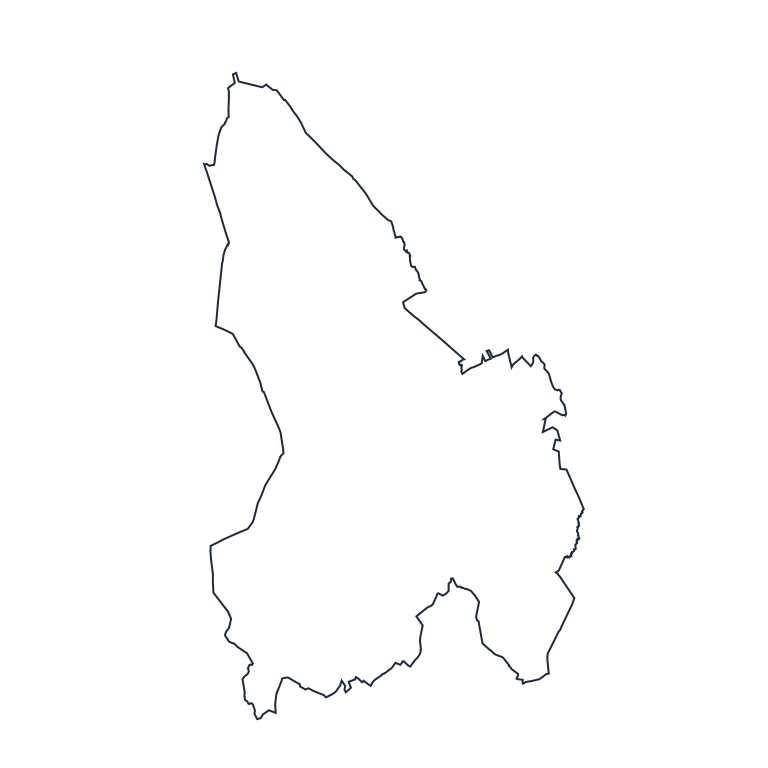 Izvaltas pag., Kraslavas, Latvia, rotated 265°
{"feature_id": "27541924B67653564082262", "entity_name": "Izvaltas pag.", "entity_type": "district", "adm_level": 2, "iso_a3": "LVA", "parent_name": "Latvia", "parent_adm1": "Kraslavas", "projection": "natural_earth1", "projection_center": [27.011, 55.966], "detail": "fine", "context": "isolated", "style": "outline", "palette": "slate", "viewbox_px": 768, "rotation_deg": 265, "n_neighbors": 0, "source": "geoboundaries", "source_scale": "gbopen_adm2", "svg_char_len": 6090}
<svg xmlns="http://www.w3.org/2000/svg" viewBox="0 0 768 768"><g transform="rotate(265 384 384)"><path d="M618.8,223.9L609.3,226.3L585.7,231.7L576.1,233.5L569.1,235.6L564.2,236.3L547.6,239.7L538.3,242.0L536.7,241.1L537.1,241.0L535.7,240.0L535.8,239.9L531.6,237.4L526.7,235.4L519.9,233.9L518.6,233.3L480.3,225.8L462.4,222.7L456.3,221.3L452.5,228.8L447.0,237.8L433.9,243.5L432.7,245.0L428.7,247.5L428.2,247.3L415.1,254.9L410.7,256.7L396.8,260.7L387.1,262.3L386.4,263.7L366.3,269.4L349.4,275.4L344.8,276.7L327.1,277.9L323.6,277.7L320.8,274.5L316.5,272.5L308.8,268.3L293.5,256.9L283.9,252.3L276.2,247.9L260.4,242.4L257.5,240.9L251.5,235.6L248.8,226.8L243.2,210.5L240.4,204.0L237.9,197.3L232.7,196.5L224.9,196.4L209.5,197.0L202.0,196.3L191.0,195.9L170.9,208.7L163.4,211.2L154.7,208.4L151.0,205.2L147.6,203.6L140.8,207.2L139.2,210.0L138.8,211.7L134.2,215.9L127.7,224.1L116.9,229.0L115.7,228.1L115.6,227.6L116.2,226.4L115.8,225.4L112.6,223.7L109.8,224.3L108.6,223.9L106.8,222.6L104.5,219.2L102.1,217.3L90.0,218.3L87.2,218.1L85.2,217.7L84.7,218.1L82.8,217.8L81.5,218.0L79.7,220.2L77.3,221.1L76.9,221.8L77.7,223.5L76.9,225.0L76.1,225.4L69.9,227.0L66.7,226.2L61.2,228.5L61.9,232.1L65.4,234.5L69.0,241.0L65.8,247.4L74.5,247.7L84.6,249.8L97.2,256.1L99.5,256.8L100.0,260.4L100.0,262.8L92.9,272.8L92.7,273.6L90.8,274.2L90.3,274.0L89.9,274.1L86.5,279.2L87.5,282.2L84.4,286.9L79.3,296.9L76.9,298.8L79.1,304.6L81.4,308.8L87.3,314.0L92.2,316.0L86.6,319.0L82.9,318.0L80.2,319.1L84.3,324.6L90.4,322.8L92.3,329.6L94.4,330.3L93.5,332.1L88.8,336.1L90.2,338.0L88.7,339.2L84.4,344.4L88.1,346.8L90.0,349.0L93.9,355.9L94.9,356.7L95.7,359.3L95.9,359.3L96.5,360.7L100.5,367.1L105.2,371.0L102.9,375.7L105.4,378.2L106.0,378.2L106.1,379.5L101.4,383.6L100.2,385.5L105.7,390.3L108.9,393.9L112.2,396.5L116.7,397.6L125.3,397.5L129.1,398.2L140.1,401.5L149.7,396.0L157.6,407.8L158.4,410.0L158.6,411.0L160.1,413.3L166.9,417.2L171.3,419.4L171.1,419.4L168.0,424.2L169.4,426.7L169.7,427.6L172.2,430.3L179.5,431.0L181.4,433.6L184.3,433.9L184.4,434.6L184.2,435.8L179.3,437.5L175.8,439.2L175.4,440.5L175.6,442.2L174.4,443.2L174.5,443.8L174.1,444.2L174.1,444.9L173.5,445.7L172.5,447.8L172.5,448.8L170.3,452.6L164.9,456.4L158.6,459.7L143.9,455.4L140.3,456.2L139.4,457.5L117.3,459.5L116.5,459.9L109.3,466.8L109.1,467.1L109.2,467.3L106.2,469.7L104.4,472.1L102.0,477.2L101.1,478.7L93.0,484.1L92.5,483.7L90.7,485.2L88.8,486.3L83.5,492.3L81.2,491.8L79.8,490.7L78.7,490.5L78.2,492.0L77.2,496.4L74.1,496.0L73.3,496.4L74.8,499.4L75.2,505.1L76.3,512.6L78.0,515.9L80.7,520.1L81.0,521.0L81.1,522.9L95.2,522.7L100.8,523.4L122.4,536.6L123.7,538.1L127.8,540.2L147.5,551.9L154.1,555.0L176.9,542.4L178.4,541.1L179.6,540.7L181.4,538.8L182.7,541.7L195.9,549.2L195.8,549.7L196.1,550.2L195.5,551.0L196.2,551.4L195.7,551.7L196.1,552.0L195.3,553.0L195.7,553.5L195.3,553.6L195.6,553.9L195.7,554.3L196.4,554.6L196.2,555.6L198.4,555.4L198.7,555.6L198.5,556.4L198.6,556.6L199.4,556.2L200.1,556.5L200.7,558.5L201.4,558.9L202.2,558.7L202.6,558.8L202.3,559.4L202.6,559.7L203.0,560.6L203.8,560.4L204.4,560.7L207.1,560.5L208.9,562.7L209.5,562.7L210.0,562.1L210.7,562.4L211.5,562.3L211.8,563.4L212.7,563.3L212.3,564.3L213.0,565.1L214.9,564.3L216.2,564.5L216.5,564.1L217.4,564.4L218.5,564.3L220.7,563.3L222.6,564.3L224.6,564.1L224.9,564.5L224.8,565.1L226.0,565.5L226.0,566.0L227.5,565.9L228.4,566.2L229.0,565.6L231.3,565.6L232.6,565.0L233.6,566.1L234.4,566.3L234.3,566.8L234.8,567.1L235.3,567.0L235.1,567.4L235.3,567.9L235.1,568.2L237.8,569.2L237.9,569.8L238.6,570.4L238.9,570.0L239.6,570.0L240.7,571.2L241.8,571.6L242.0,572.1L256.1,567.6L262.4,565.2L282.9,558.3L284.0,552.3L288.3,552.0L301.4,552.2L304.2,546.9L313.6,550.1L312.3,554.6L322.7,552.6L326.2,548.1L322.3,538.1L335.1,542.0L335.1,540.5L341.8,551.2L341.5,552.5L338.0,557.8L337.4,559.3L337.6,560.6L336.6,561.8L338.4,562.9L346.5,562.0L346.4,561.9L349.5,560.6L352.3,558.9L353.7,558.6L356.2,559.0L359.3,560.3L361.3,559.1L362.9,558.5L362.9,557.8L363.0,557.4L362.5,556.4L363.5,554.2L364.2,553.5L366.7,552.1L372.1,550.6L379.6,549.2L381.1,548.4L385.4,545.1L386.6,545.1L388.4,545.7L389.5,545.6L391.5,544.3L393.0,542.6L397.7,540.6L398.2,540.1L398.7,538.9L399.8,538.4L400.0,537.7L399.3,536.6L397.6,535.0L396.6,534.7L395.2,534.9L392.6,534.5L391.0,533.6L389.0,531.8L398.4,524.2L399.4,523.9L396.8,520.9L392.3,514.5L389.5,512.6L404.3,510.4L407.4,510.4L404.1,504.7L402.6,500.8L402.3,498.4L401.0,494.7L408.5,491.6L408.0,489.2L399.9,492.6L399.2,490.0L398.0,486.9L403.4,484.8L396.0,483.1L393.5,476.5L392.1,471.2L387.2,462.9L387.4,462.7L388.2,462.8L388.9,462.3L389.6,462.1L391.2,462.7L392.1,462.4L392.9,462.8L394.9,462.6L395.1,463.1L396.3,463.2L396.5,462.7L396.3,461.5L396.5,460.9L399.3,460.3L399.6,460.7L399.6,461.7L400.1,462.2L400.2,462.9L401.4,464.5L401.6,465.9L424.3,444.2L440.5,428.2L443.3,425.9L449.0,419.7L454.5,414.3L458.1,411.1L463.8,410.1L471.2,423.9L471.9,432.8L473.4,434.3L474.8,433.8L474.8,433.2L475.9,432.6L476.5,432.6L480.6,430.9L483.5,430.0L484.3,428.5L485.2,428.9L487.8,428.1L489.3,428.2L490.6,428.0L493.5,427.0L494.5,426.0L498.1,424.9L498.1,422.8L498.8,421.5L504.2,420.7L510.1,420.9L509.9,421.2L510.2,421.2L512.6,420.1L512.8,418.8L513.0,418.5L514.6,418.4L514.1,417.9L513.9,417.6L514.0,417.3L515.1,416.9L516.1,415.7L519.2,416.1L520.0,416.6L523.1,416.5L523.6,416.4L523.8,415.8L524.2,415.6L526.9,415.0L527.5,414.5L528.3,414.4L528.8,414.0L529.0,413.3L529.5,413.0L529.2,411.2L529.3,410.4L528.9,409.6L528.8,408.3L529.4,408.4L538.2,406.7L538.9,406.9L545.3,405.4L547.1,402.2L554.3,395.4L556.3,394.1L559.9,390.8L562.8,388.6L574.9,382.7L589.0,373.5L591.2,371.2L593.5,370.5L600.7,362.9L606.5,358.1L610.8,353.5L618.7,346.2L631.0,336.6L641.2,327.9L652.0,323.9L658.5,320.6L662.9,317.7L668.9,314.6L675.7,310.2L675.6,309.1L685.8,302.9L686.8,298.7L692.5,292.7L690.2,288.6L698.0,265.6L706.8,263.8L705.6,260.5L696.9,261.6L692.4,254.4L689.4,254.9L683.3,254.5L671.2,253.0L663.7,252.6L662.7,251.1L662.0,250.6L659.5,249.6L658.6,248.5L656.8,247.9L654.2,244.5L646.1,240.8L635.6,238.0L622.9,235.1L619.8,234.6L616.9,233.7L617.1,232.1L616.6,229.0L618.6,226.6L618.3,224.9L618.8,223.9Z" fill="none" stroke="#1e293b" stroke-width="2"/></g></svg>